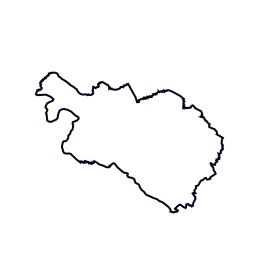 the district of Saboba, Northern, Ghana, rotated 121°
{"feature_id": "2480657B56307698722921", "entity_name": "Saboba", "entity_type": "district", "adm_level": 2, "iso_a3": "GHA", "parent_name": "Ghana", "parent_adm1": "Northern", "projection": "equal_earth", "projection_center": [0.158, 9.709], "detail": "fine", "context": "isolated", "style": "outline", "palette": "ink", "viewbox_px": 256, "rotation_deg": 121, "n_neighbors": 0, "source": "geoboundaries", "source_scale": "gbopen_adm2", "svg_char_len": 5777}
<svg xmlns="http://www.w3.org/2000/svg" viewBox="0 0 256 256"><g transform="rotate(121 128 128)"><path d="M101.8,35.5L99.9,36.6L99.6,36.2L98.7,36.6L97.6,35.8L97.0,36.6L96.7,36.2L96.1,36.5L94.8,38.0L94.2,38.2L94.0,37.9L93.4,38.9L93.5,39.3L92.6,40.1L89.2,41.6L87.6,41.5L87.7,48.8L87.1,48.7L85.5,50.0L84.4,53.5L85.0,55.7L85.3,58.8L84.3,59.6L82.6,60.1L82.7,61.7L81.6,64.1L81.5,64.7L81.8,64.8L81.9,65.5L80.9,66.7L80.7,67.5L80.4,67.7L79.7,69.0L79.7,70.2L80.6,70.0L80.8,71.0L80.6,70.8L80.3,71.3L79.3,71.5L77.9,71.4L76.0,73.9L76.4,80.6L75.5,82.6L75.2,84.1L76.5,85.0L77.7,84.7L77.9,85.1L78.8,85.3L79.6,86.7L80.3,87.1L80.6,88.2L80.9,88.4L80.9,89.0L82.2,89.7L82.7,90.7L81.7,91.4L81.4,90.7L80.6,91.9L80.1,92.1L80.0,91.6L79.3,92.6L78.8,92.8L78.6,92.5L78.1,93.3L77.5,93.3L76.7,94.0L76.4,93.7L76.3,94.3L75.4,94.6L75.2,95.2L74.6,94.8L74.1,95.5L74.2,96.6L73.6,99.4L74.0,108.2L74.5,112.1L75.6,114.0L76.3,114.0L76.9,115.2L77.4,115.3L77.4,116.2L77.9,115.7L78.2,116.3L78.5,116.0L78.7,117.2L79.2,117.0L79.6,117.4L79.5,118.5L79.8,118.9L81.0,119.7L80.9,120.1L81.2,119.8L81.8,120.8L82.5,121.2L83.0,120.9L83.9,121.1L84.1,121.6L84.5,121.2L84.9,122.0L85.0,121.7L85.4,121.9L85.3,122.5L86.0,123.2L86.2,123.6L86.4,123.2L87.9,123.6L88.2,124.0L89.1,123.8L89.0,124.2L89.4,124.1L90.1,125.0L89.8,125.7L90.6,125.9L90.5,126.7L91.5,127.0L91.8,126.8L91.7,127.6L92.3,127.4L92.9,128.0L93.0,128.4L93.3,128.0L93.5,128.5L93.9,128.5L93.8,128.9L94.1,129.0L93.8,129.2L93.9,129.6L94.4,129.2L94.8,129.8L94.6,130.2L95.0,130.2L94.7,130.8L94.9,130.6L95.7,131.0L95.7,131.6L95.9,131.2L96.5,131.5L96.6,131.8L97.8,132.4L98.1,132.9L98.4,132.7L98.7,133.0L99.6,132.4L99.6,132.9L100.2,132.8L100.1,133.4L100.9,133.5L101.0,133.3L101.2,133.6L97.8,137.3L90.1,150.7L90.8,150.9L91.3,151.6L92.1,151.5L92.7,152.5L93.2,152.5L93.7,153.4L94.4,153.0L95.1,153.4L95.5,153.3L95.5,153.8L95.9,154.1L95.9,154.6L96.5,154.8L96.7,155.4L98.2,155.4L99.0,155.7L99.6,156.6L99.9,156.6L101.0,157.5L101.9,159.2L102.3,159.5L102.7,161.1L103.1,161.9L102.7,162.3L103.3,162.8L103.4,164.6L103.8,164.6L103.3,165.1L102.4,164.8L102.4,165.6L101.4,167.3L101.9,168.7L101.7,169.7L101.7,173.2L102.4,174.5L102.9,175.1L103.6,174.7L104.0,175.5L105.2,176.3L106.1,176.0L106.2,175.2L106.8,174.7L108.0,174.5L108.4,175.6L110.4,176.1L110.6,176.9L110.3,178.0L110.6,179.0L113.5,177.6L114.0,177.7L116.0,175.7L116.7,175.6L117.5,176.3L117.9,176.1L119.3,177.5L119.7,178.5L119.6,179.2L120.6,179.4L120.6,180.9L122.5,183.8L123.2,185.6L123.2,187.7L122.4,190.3L121.2,191.9L121.2,193.5L120.8,195.7L120.9,200.1L120.3,200.7L120.5,202.0L119.9,204.8L120.1,205.9L119.9,206.7L120.0,210.0L119.5,211.7L119.5,213.7L117.8,216.5L117.9,218.2L118.7,220.1L119.6,221.4L120.1,221.5L120.4,222.7L121.0,223.1L121.4,222.9L122.1,223.9L123.0,223.7L123.2,223.3L124.1,223.8L124.4,223.5L124.8,224.1L125.7,224.0L126.5,224.6L127.4,224.1L127.7,224.8L127.9,224.5L129.3,225.0L129.5,224.5L129.5,225.0L129.8,224.9L129.6,225.1L130.1,225.9L130.8,225.5L131.1,226.0L131.4,225.7L132.0,226.2L132.3,226.0L132.5,226.5L133.0,226.5L133.2,226.2L133.8,226.7L135.1,226.3L135.4,224.9L137.0,224.9L138.2,222.4L140.0,222.5L140.6,223.3L141.0,223.3L140.9,224.2L141.2,224.4L142.1,224.3L142.4,225.2L146.4,224.3L146.7,223.2L146.4,222.4L141.6,215.4L141.1,210.0L141.7,206.8L143.2,206.5L148.4,210.0L151.7,209.8L152.9,209.3L153.4,207.5L154.1,206.3L157.5,206.0L158.1,204.7L159.2,204.3L159.8,203.6L163.1,201.1L163.3,200.0L163.0,198.2L162.0,196.8L157.8,193.9L155.9,193.4L152.6,194.8L148.6,195.6L146.6,194.7L145.4,193.7L144.5,192.2L143.6,189.6L143.2,185.2L144.3,180.0L144.4,178.0L144.2,176.9L144.5,175.8L145.5,175.1L148.1,175.7L151.4,178.3L152.8,177.8L153.9,176.3L157.7,174.8L160.0,175.3L162.9,174.6L165.3,175.3L167.2,174.1L169.6,174.1L171.3,174.6L172.5,176.2L174.2,176.4L178.5,174.8L179.5,173.4L181.4,171.7L182.4,169.7L181.6,167.5L180.3,165.6L179.7,163.8L181.4,156.3L182.1,150.7L181.5,150.6L181.2,151.3L180.8,151.2L180.4,149.9L180.8,148.8L180.3,148.5L180.5,148.1L180.4,147.5L179.7,147.3L179.5,148.0L178.7,148.1L178.7,147.5L179.0,146.8L178.3,146.8L178.5,146.1L178.2,146.1L178.2,145.3L177.7,145.1L177.6,144.5L178.0,144.7L177.9,144.2L178.5,143.2L177.9,142.1L177.7,142.6L177.0,142.2L176.9,141.6L177.2,141.3L176.9,140.7L177.2,140.5L175.9,139.6L175.6,140.0L175.6,139.7L174.5,139.3L173.8,139.7L173.7,137.1L174.0,133.6L173.2,130.7L172.6,125.9L171.8,124.7L170.8,123.8L170.6,123.9L170.7,123.7L166.7,123.1L165.6,122.0L165.4,121.2L167.1,116.7L168.3,110.2L168.3,108.0L167.5,106.6L167.2,104.9L167.6,104.3L168.9,104.4L169.8,103.1L169.5,100.8L168.5,98.5L168.8,95.9L169.9,95.0L171.1,93.3L170.9,90.6L171.1,89.3L173.3,86.3L174.1,84.2L174.4,81.7L175.8,78.2L174.9,70.8L174.7,70.8L174.9,70.7L174.8,69.7L174.0,66.2L174.5,63.8L174.0,61.1L174.0,58.4L174.7,53.4L175.2,51.4L176.5,49.1L177.8,48.5L177.5,48.1L177.5,47.2L176.8,45.2L175.9,44.9L174.6,43.0L173.9,43.0L173.6,42.6L173.2,42.6L172.9,43.7L173.3,45.6L172.8,46.2L171.9,45.7L170.3,45.6L167.1,44.2L166.8,43.2L167.2,39.8L166.9,37.4L165.8,37.5L164.7,38.3L163.3,38.6L162.6,37.7L162.6,37.0L162.2,36.8L162.6,36.2L163.0,36.7L162.7,35.7L162.6,35.1L161.9,34.3L162.3,33.1L161.7,33.1L161.5,32.4L157.8,33.6L154.2,33.6L153.7,34.3L152.5,34.6L152.4,35.8L151.9,36.2L151.5,37.6L150.9,38.1L150.7,38.9L150.3,38.7L150.5,38.0L150.2,38.0L149.6,37.2L149.6,37.6L148.7,37.5L148.3,38.3L147.4,38.9L144.3,38.7L142.9,39.9L141.0,38.3L135.7,38.4L134.1,37.1L131.3,36.2L130.7,35.7L131.5,33.5L130.2,32.4L129.7,31.6L129.1,31.3L128.3,32.0L127.6,31.9L122.2,29.3L121.2,30.2L120.3,32.5L118.0,34.5L117.7,35.2L117.6,36.4L116.5,38.2L116.1,38.4L115.5,39.7L115.5,36.1L115.2,34.8L114.7,34.4L113.8,34.9L113.2,34.8L112.6,35.3L110.8,34.2L110.4,34.7L110.3,35.6L109.8,35.5L109.4,35.9L107.9,34.0L107.3,33.8L106.8,34.8L106.5,34.4L105.8,34.6L105.7,35.0L105.1,35.2L104.7,36.1L104.1,36.0L103.6,36.7L103.6,36.4L102.9,36.5L101.8,35.5Z" fill="none" stroke="#020617" stroke-width="2"/></g></svg>